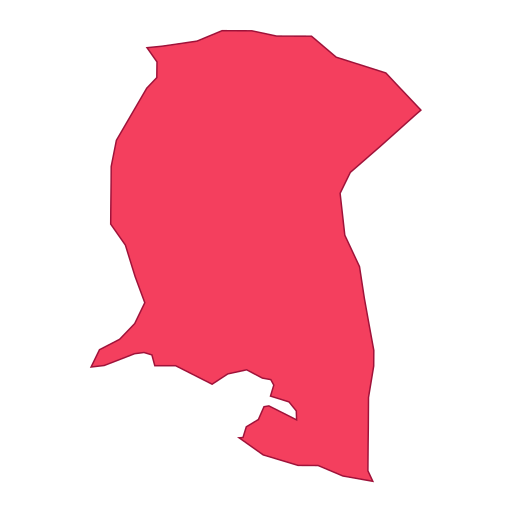 outline of Thaethan, Hwanghae-namdo, North Korea
{"feature_id": "82179303B3017694876336", "entity_name": "Thaethan", "entity_type": "district", "adm_level": 2, "iso_a3": "PRK", "parent_name": "North Korea", "parent_adm1": "Hwanghae-namdo", "projection": "orthographic", "projection_center": [125.244, 38.144], "detail": "fine", "context": "isolated", "style": "filled", "palette": "rose", "viewbox_px": 512, "rotation_deg": 0, "n_neighbors": 0, "source": "geoboundaries", "source_scale": "gbopen_adm2", "svg_char_len": 945}
<svg xmlns="http://www.w3.org/2000/svg" viewBox="0 0 512 512"><path d="M110.8,210.3L110.7,224.1L125.4,245.1L135.1,276.5L144.8,302.7L134.7,323.6L119.6,339.3L99.5,349.7L91.1,367.0L104.2,365.5L134.6,353.7L144.0,352.5L151.9,354.9L154.8,365.7L175.6,365.7L212.1,384.2L227.8,373.9L246.6,369.8L262.4,378.1L270.8,379.6L273.8,385.1L270.5,396.1L289.0,401.9L296.3,410.9L296.6,419.9L268.9,405.9L264.0,406.7L258.4,419.5L246.3,426.8L243.0,437.5L239.1,437.8L263.2,454.9L298.1,465.4L318.1,465.5L342.9,476.0L372.8,481.3L367.9,470.8L368.1,444.6L368.3,428.9L368.5,397.5L373.7,366.1L373.8,350.4L369.0,324.2L364.3,298.0L359.5,266.6L344.8,235.2L340.1,193.3L350.3,172.4L380.3,146.3L415.4,114.9L420.9,110.1L395.7,83.5L385.9,73.0L336.2,57.2L311.5,36.2L276.7,36.1L251.8,30.8L222.0,30.7L197.0,41.1L162.1,46.2L147.0,47.7L157.0,61.9L156.8,77.6L146.8,88.1L131.6,114.2L116.4,140.3L111.2,166.5L111.1,182.2L110.8,210.3Z" fill="#f43f5e" stroke="#9f1239" stroke-width="1.5"/></svg>